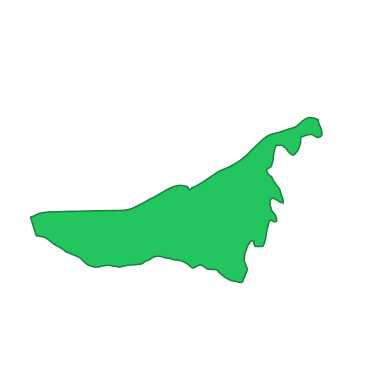 La Caye, Dennery, Saint Lucia (Albers equal-area conic projection), rotated 134°
{"feature_id": "8701671B23998662762063", "entity_name": "La Caye", "entity_type": "district", "adm_level": 2, "iso_a3": "LCA", "parent_name": "Saint Lucia", "parent_adm1": "Dennery", "projection": "albers", "projection_center": [-60.906, 13.932], "detail": "fine", "context": "isolated", "style": "filled", "palette": "green", "viewbox_px": 384, "rotation_deg": 134, "n_neighbors": 0, "source": "geoboundaries", "source_scale": "gbopen_adm2", "svg_char_len": 5469}
<svg xmlns="http://www.w3.org/2000/svg" viewBox="0 0 384 384"><g transform="rotate(134 192 192)"><path d="M136.9,118.9L136.7,119.0L136.2,119.2L135.5,119.5L135.3,119.8L134.4,121.2L133.3,123.1L132.2,125.4L131.4,127.0L130.4,128.8L129.5,130.0L129.0,131.5L128.6,134.0L128.4,136.0L127.9,138.0L127.3,141.0L126.8,142.7L126.0,144.3L125.8,145.6L126.2,147.4L126.2,148.9L126.0,150.1L125.7,151.1L125.4,151.8L124.5,153.1L123.9,153.7L123.4,153.8L122.2,153.6L120.3,152.9L119.7,152.8L119.2,152.8L118.1,153.0L116.7,153.7L115.5,154.5L114.5,154.8L114.0,155.0L111.8,156.6L110.2,158.1L109.0,158.9L106.5,160.5L104.2,161.9L103.3,162.5L101.9,163.2L101.1,163.4L99.8,163.6L98.7,162.7L97.8,161.6L97.0,160.7L96.4,160.2L96.0,159.6L95.6,158.2L95.6,156.6L95.3,154.8L95.8,151.9L96.1,151.2L96.1,147.4L95.8,146.2L95.6,145.4L95.3,145.0L94.4,144.5L93.4,144.4L90.2,144.5L88.4,144.8L86.0,145.7L82.7,147.2L82.0,147.6L81.6,147.8L80.9,148.3L79.1,150.0L78.4,150.6L77.9,151.0L76.9,151.4L76.0,151.5L74.9,150.7L73.8,150.2L72.5,149.6L71.2,148.9L70.1,148.2L69.0,147.3L68.0,146.3L67.4,145.7L66.9,144.4L66.6,143.3L66.5,142.0L66.2,141.1L65.5,139.5L65.2,139.1L63.9,138.5L62.7,138.0L61.3,137.9L60.0,138.8L59.3,139.4L58.1,141.0L56.9,143.2L55.8,145.3L55.3,146.7L54.9,147.5L54.8,147.8L54.3,148.9L53.5,150.3L52.4,151.2L52.9,153.0L53.6,154.6L54.5,156.1L55.3,157.2L56.2,158.1L56.5,158.4L56.9,159.2L57.5,159.7L58.3,160.2L59.4,160.7L61.2,161.2L63.1,161.7L64.4,161.9L66.6,161.9L68.0,161.9L71.6,162.4L72.9,162.7L75.0,163.6L77.0,164.7L78.2,165.5L80.4,166.6L83.2,168.1L86.5,169.7L88.3,170.7L89.7,171.5L92.7,173.4L94.2,174.3L95.9,175.3L97.2,175.9L100.6,176.9L104.8,177.6L110.3,177.8L112.8,177.9L118.5,178.1L122.3,178.3L126.2,178.2L129.8,178.4L135.2,179.2L137.5,179.6L141.4,180.7L144.6,181.5L145.9,182.1L146.3,181.9L149.5,183.2L150.0,183.4L150.8,183.8L151.5,184.1L153.2,184.8L153.6,185.0L154.2,185.3L154.9,185.5L157.2,186.5L157.9,186.7L161.2,187.7L162.2,187.9L167.4,189.0L168.3,189.2L172.7,190.2L174.8,190.5L176.1,190.8L177.3,191.1L181.3,192.2L184.2,193.0L185.9,193.6L187.2,194.2L189.3,195.1L189.9,194.8L190.7,194.8L192.2,195.1L192.0,196.3L191.3,198.9L191.9,200.0L193.6,202.9L194.6,204.2L196.4,206.0L198.1,207.3L200.3,208.6L202.7,209.8L204.4,210.5L206.7,211.2L209.9,212.3L213.1,213.1L218.7,214.8L220.3,215.3L223.3,216.2L226.4,217.4L228.0,217.9L231.3,218.8L236.3,220.4L238.1,221.0L239.4,221.4L241.2,222.0L245.2,223.6L247.6,224.8L250.5,226.8L252.3,228.1L256.4,232.1L258.4,234.1L258.8,234.5L261.1,236.8L265.6,241.4L269.9,245.7L273.1,248.9L278.0,253.7L280.9,256.6L284.9,260.5L286.0,261.5L287.5,263.1L290.2,265.8L292.3,267.9L293.7,269.3L295.9,271.4L300.8,276.1L302.9,278.3L304.5,279.9L305.4,280.9L307.9,282.9L310.8,285.2L313.1,286.7L315.2,287.7L318.9,289.0L320.5,289.7L321.9,290.5L322.3,290.7L323.7,288.1L324.0,287.7L326.3,283.4L328.9,278.7L330.8,275.2L331.6,273.4L330.5,272.4L329.8,271.0L329.7,270.7L327.9,268.2L327.0,266.8L326.8,266.4L326.8,266.0L326.1,262.9L325.8,259.4L325.6,256.8L325.3,254.6L325.2,253.8L324.3,251.2L323.3,246.9L322.8,244.5L322.6,241.5L322.4,240.4L321.5,238.4L320.8,237.2L320.8,236.6L320.3,235.2L318.9,232.0L318.4,230.4L317.7,228.8L317.2,227.3L317.1,226.5L317.1,223.7L317.2,222.2L317.2,219.0L317.0,217.4L316.7,216.1L315.0,212.4L313.7,210.0L312.2,208.4L310.9,207.1L309.3,206.1L308.1,205.7L306.1,204.0L303.7,202.0L302.3,200.7L301.4,199.4L300.7,198.0L300.0,197.0L298.7,195.6L298.0,194.5L297.2,192.9L296.4,192.0L295.4,191.2L292.6,189.6L289.4,187.4L286.9,185.2L284.3,182.8L281.6,180.6L279.2,178.6L278.8,178.4L278.0,178.0L273.8,177.3L271.2,175.9L269.9,175.4L267.4,175.0L265.3,174.5L265.2,174.2L263.9,173.6L262.4,172.4L261.5,171.6L260.5,170.4L259.3,168.3L257.9,165.4L255.7,162.4L254.8,161.0L254.2,159.7L253.5,158.2L252.8,157.3L251.2,155.3L250.9,154.8L250.2,153.9L249.4,152.7L248.2,150.0L247.6,148.0L247.1,146.1L246.9,144.6L246.8,143.1L246.6,140.4L246.3,139.2L245.9,138.4L245.3,138.0L243.2,137.3L240.7,136.6L239.6,136.0L238.9,135.6L238.3,134.6L237.8,133.6L237.2,130.3L237.1,128.9L236.8,127.6L235.9,126.1L234.5,124.5L232.3,122.2L231.3,120.9L230.8,119.9L230.9,118.5L231.1,117.2L231.1,115.4L230.9,114.1L230.8,112.7L230.7,111.7L230.6,111.4L230.6,110.4L230.0,107.1L229.6,105.8L229.2,104.2L228.8,103.0L228.1,101.8L227.1,100.3L226.8,99.6L225.0,96.9L223.9,94.8L222.9,93.7L222.1,93.3L221.0,93.3L219.0,94.5L217.8,94.7L217.4,94.7L216.8,94.9L215.8,95.7L215.3,95.9L214.4,96.2L211.3,97.3L209.6,98.2L208.8,99.0L207.9,100.9L206.8,103.3L205.7,105.8L204.9,107.2L201.7,109.6L199.7,111.1L197.7,112.1L197.1,112.3L194.3,113.5L193.2,114.2L192.2,114.6L188.9,115.1L188.2,115.3L187.0,115.4L186.8,115.4L185.8,115.2L185.2,114.7L184.9,114.2L184.8,113.5L185.4,112.5L186.1,111.8L186.6,110.7L186.8,110.1L187.0,109.5L187.0,108.6L186.8,108.3L186.6,108.0L185.6,106.9L184.6,106.0L183.3,104.6L182.8,104.0L181.9,103.5L181.0,103.5L178.3,104.4L177.6,104.9L175.0,106.3L173.1,107.6L171.6,108.8L170.1,109.8L168.1,111.1L167.9,111.3L166.5,112.2L165.1,112.9L163.1,114.0L162.0,114.8L160.6,115.6L160.0,115.9L158.4,115.9L157.4,115.8L157.0,115.3L156.9,115.0L156.9,113.9L156.5,112.5L156.0,111.6L155.1,111.1L154.2,111.0L153.5,111.4L152.8,112.2L152.0,113.4L151.1,115.1L150.9,115.7L150.7,116.4L150.5,117.3L150.3,118.7L150.3,120.1L150.1,121.2L150.0,121.3L149.9,122.0L149.7,122.6L149.3,123.3L148.1,124.7L147.9,125.7L147.4,126.3L146.7,127.4L146.1,128.0L145.1,128.8L144.2,129.5L143.2,130.0L141.8,130.2L140.8,129.7L140.0,129.1L139.7,128.6L139.4,127.0L138.8,125.4L138.5,123.8L138.2,121.9L138.0,121.1L136.9,119.5L136.9,118.9Z" fill="#22c55e" stroke="#15803d" stroke-width="1.5"/></g></svg>